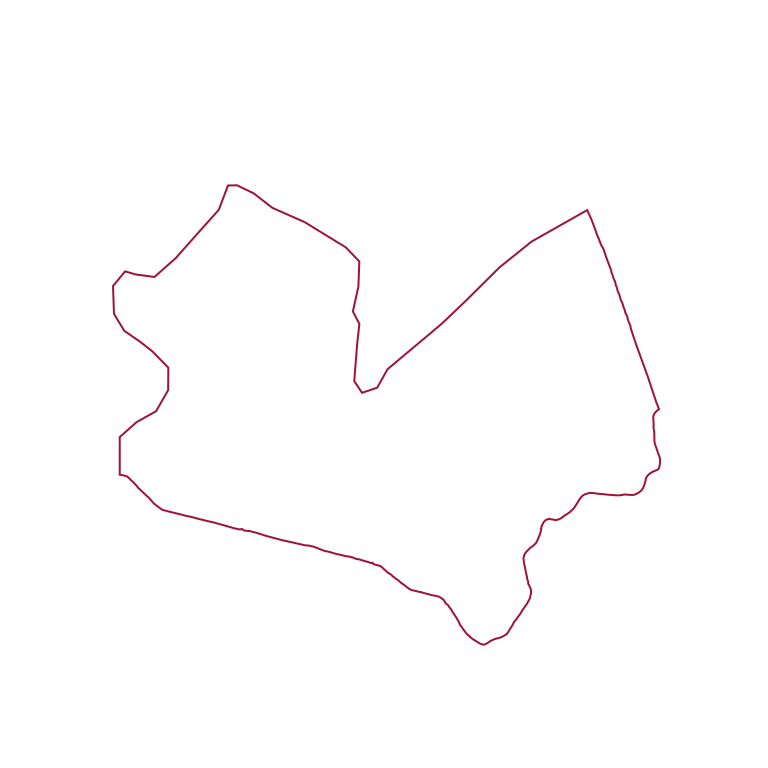 outline of Paso Carrasco, Canelones, Uruguay, rotated 286°
{"feature_id": "84410073B40215071116328", "entity_name": "Paso Carrasco", "entity_type": "district", "adm_level": 2, "iso_a3": "URY", "parent_name": "Uruguay", "parent_adm1": "Canelones", "projection": "mercator", "projection_center": [-56.043, -34.847], "detail": "fine", "context": "isolated", "style": "outline", "palette": "rose", "viewbox_px": 768, "rotation_deg": 286, "n_neighbors": 0, "source": "geoboundaries", "source_scale": "gbopen_adm2", "svg_char_len": 5469}
<svg xmlns="http://www.w3.org/2000/svg" viewBox="0 0 768 768"><g transform="rotate(286 384 384)"><path d="M223.9,155.0L224.2,156.9L224.4,160.5L224.3,162.5L223.4,164.5L221.8,167.3L220.6,169.9L218.6,173.3L216.2,176.8L211.9,185.0L209.7,189.6L206.3,194.7L205.0,197.3L202.9,202.8L201.9,205.9L202.0,207.8L202.1,211.0L202.1,213.5L202.3,217.4L202.6,225.1L202.7,229.3L203.2,237.2L203.2,242.3L203.4,247.1L203.5,250.5L204.0,259.2L204.0,265.0L204.1,273.9L204.0,279.3L204.4,285.4L205.5,287.5L204.8,289.0L204.6,290.3L205.6,295.2L205.8,303.0L205.5,312.8L205.6,318.0L205.7,324.9L205.8,329.4L206.4,338.1L206.6,342.4L206.8,345.7L207.2,353.0L207.9,355.7L208.0,358.0L208.1,359.7L208.3,360.7L207.9,365.5L207.6,367.3L207.4,370.1L207.2,372.6L207.5,377.3L207.6,379.4L207.4,381.6L207.5,383.9L207.9,391.7L207.9,394.8L208.5,397.6L208.4,399.4L208.7,401.8L208.2,404.5L208.6,408.7L208.5,412.0L208.5,414.6L208.5,418.9L208.2,420.7L208.5,421.3L208.9,422.0L208.7,422.8L208.0,423.5L207.9,424.7L208.0,427.0L208.0,428.7L207.9,431.4L207.1,432.9L206.5,434.1L206.0,434.9L205.3,436.6L204.6,438.0L203.9,439.4L203.3,441.4L202.9,442.7L202.6,443.8L202.0,444.5L201.5,445.6L200.8,447.3L200.4,448.3L199.9,449.8L199.2,451.8L198.7,453.1L198.0,454.3L197.5,455.3L197.2,456.4L196.8,457.4L196.4,458.8L195.2,461.4L194.6,463.3L194.1,464.6L193.7,466.1L193.6,468.4L193.7,469.9L193.8,471.9L193.8,473.5L193.9,474.9L194.1,476.8L194.1,479.0L194.1,480.6L194.1,482.9L194.2,484.1L194.2,485.7L194.2,487.1L194.2,488.4L194.3,489.2L194.6,491.6L194.7,493.0L194.7,494.1L194.6,495.9L194.1,497.8L193.3,499.9L192.9,500.9L192.0,501.8L191.4,502.7L190.7,503.1L190.5,503.3L189.9,504.4L189.4,505.9L188.8,506.9L188.0,507.7L187.3,508.5L186.7,509.5L186.1,510.5L185.2,511.3L184.3,512.1L182.8,513.9L181.6,515.3L179.5,517.8L178.0,519.3L177.2,520.2L175.8,521.6L174.3,522.8L173.1,523.8L172.7,524.4L172.3,525.1L170.9,526.8L170.0,527.8L169.3,528.8L168.1,530.4L167.0,531.9L166.3,533.0L165.7,534.4L165.2,535.6L164.6,536.5L164.1,537.6L163.6,538.7L163.5,539.1L162.9,540.7L162.5,542.3L161.9,544.3L161.4,546.0L160.9,547.9L160.8,549.3L160.8,550.9L161.1,552.0L161.9,553.2L162.6,554.0L163.3,554.6L164.0,555.3L164.9,556.1L165.6,556.6L166.5,557.4L167.7,558.8L169.0,560.3L169.6,561.2L170.2,562.0L170.9,563.4L171.7,564.7L172.5,565.9L173.1,566.8L174.0,567.7L174.9,568.6L175.7,569.3L176.6,570.1L177.0,570.5L178.0,571.2L179.1,571.4L180.0,571.8L181.0,572.1L182.5,572.5L183.8,572.9L185.1,573.2L186.1,573.5L187.3,573.9L188.5,574.1L189.5,574.4L190.8,574.5L191.7,574.9L192.5,575.3L193.7,575.8L195.0,576.3L196.6,576.8L198.0,577.3L199.4,577.9L200.7,578.4L202.1,578.7L203.5,579.1L204.9,579.4L206.4,580.0L207.9,580.5L209.6,581.1L211.2,581.7L212.9,582.2L214.3,582.4L215.9,582.9L217.2,583.1L218.8,583.3L220.4,583.1L221.8,583.1L222.9,583.1L224.0,582.9L225.3,582.5L226.5,582.0L227.4,581.5L228.4,580.8L229.3,579.9L230.5,579.0L231.5,577.9L232.9,577.3L233.5,577.2L235.0,576.2L235.7,575.6L236.6,575.2L237.9,574.7L239.2,573.9L241.3,572.8L243.4,571.6L244.9,570.9L246.4,570.2L248.0,569.3L249.4,568.5L250.9,567.8L252.2,567.2L253.4,566.7L254.7,566.2L256.4,566.0L257.9,565.9L259.2,566.2L260.7,566.5L262.2,567.2L263.7,568.0L265.4,568.9L266.5,569.6L267.3,570.1L267.8,570.4L268.9,571.5L270.1,572.3L271.5,573.1L272.5,573.7L273.5,574.1L274.9,574.3L276.4,574.6L277.9,574.8L279.8,575.0L281.6,575.2L283.0,575.3L284.3,575.4L285.5,575.2L286.4,575.4L288.0,574.9L289.2,574.9L290.2,574.7L291.5,574.8L293.1,575.1L294.4,575.4L295.4,575.7L297.0,576.4L298.3,577.6L299.5,579.1L300.0,580.5L300.0,581.9L300.2,583.5L300.4,584.5L300.3,585.8L300.7,587.0L301.3,588.0L302.0,589.2L302.9,590.3L303.8,591.1L304.8,592.1L306.4,593.1L310.1,596.4L311.5,597.5L313.4,598.7L315.0,599.7L317.0,600.8L319.0,601.4L322.2,602.4L325.7,603.4L327.4,603.8L329.1,604.5L330.7,605.3L332.1,606.3L333.3,607.5L334.6,609.4L335.7,611.2L336.4,613.1L336.8,615.1L337.6,620.5L338.3,623.9L338.8,626.5L339.3,629.8L340.0,633.0L341.0,637.8L341.8,640.9L342.8,643.0L343.8,645.0L344.5,647.3L345.2,651.0L346.0,654.1L347.1,655.9L348.9,658.0L350.5,659.3L352.0,660.4L353.6,661.2L355.4,661.7L358.2,662.0L360.1,662.1L362.1,662.1L363.6,662.0L365.2,661.9L366.5,662.0L368.0,662.4L369.7,663.2L371.2,664.2L372.7,665.5L373.8,666.6L375.1,668.2L376.6,670.0L377.7,671.3L379.7,671.5L381.8,671.4L383.8,671.1L385.9,670.7L387.6,670.1L389.7,669.1L391.3,667.9L393.7,666.1L396.5,664.2L399.1,662.3L401.8,660.5L404.2,659.5L407.3,658.6L412.6,656.9L416.0,655.2L420.5,654.0L424.6,652.5L427.1,651.8L430.3,652.1L432.8,653.3L434.9,654.7L435.6,655.3L436.7,654.5L441.2,651.0L464.7,634.9L480.0,623.8L490.8,615.9L505.9,605.6L507.6,605.0L509.2,603.7L511.8,601.6L513.9,600.2L516.0,599.2L519.1,596.3L521.3,595.1L522.3,594.4L523.4,593.4L524.7,592.6L527.2,591.0L528.2,590.3L529.2,589.1L530.7,588.0L532.3,587.2L533.3,586.4L535.1,585.4L536.5,584.0L538.2,582.8L541.4,580.9L543.0,579.5L544.6,578.8L546.2,577.8L548.6,575.7L551.5,573.8L554.5,571.6L555.5,571.3L556.6,570.5L563.1,565.6L567.6,562.3L570.8,560.1L574.5,557.6L577.8,554.1L582.5,550.7L585.4,548.2L590.2,544.8L597.6,539.4L602.8,535.1L607.2,531.4L561.6,486.6L528.0,462.9L487.4,440.2L457.7,422.8L399.2,383.3L378.6,378.5L369.5,365.3L378.6,354.6L415.4,347.1L434.9,343.8L445.2,334.1L470.7,332.5L495.0,326.5L504.8,309.7L517.7,263.2L522.6,228.0L531.3,206.3L534.5,187.9L531.8,179.3L506.0,177.2L476.6,163.0L447.4,149.0L423.6,133.8L420.9,115.4L420.9,104.1L403.5,96.5L377.0,105.1L363.5,119.7L357.5,137.6L351.6,152.2L340.2,172.2L318.6,178.2L295.0,172.4L279.1,156.6L260.1,144.6L243.7,149.3L223.9,155.0Z" fill="none" stroke="#9f1239" stroke-width="2"/></g></svg>